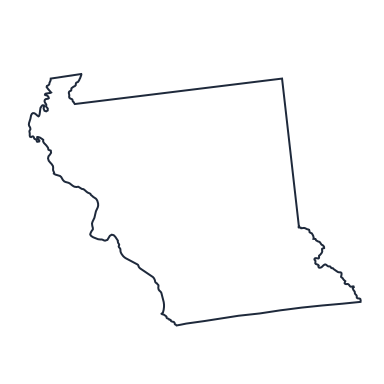 map outline of Missouri (Robinson projection), rotated 173°
{"feature_id": "USA-3531", "entity_name": "Missouri", "entity_type": "State", "adm_level": 1, "iso_a3": "USA", "parent_name": "United States of America", "parent_adm1": "", "projection": "robinson", "projection_center": [-92.269, 38.302], "detail": "fine", "context": "isolated", "style": "outline", "palette": "slate", "viewbox_px": 384, "rotation_deg": 173, "n_neighbors": 0, "source": "natural_earth", "source_scale": "10m", "svg_char_len": 5860}
<svg xmlns="http://www.w3.org/2000/svg" viewBox="0 0 384 384"><g transform="rotate(173 192 192)"><path d="M44.0,78.7L43.2,78.6L43.0,77.8L43.6,77.4L44.0,77.1L44.2,76.7L44.1,76.4L43.6,74.8L42.9,73.7L42.7,73.3L42.6,72.9L42.7,72.0L42.7,71.7L42.4,70.8L41.6,69.8L41.2,69.0L41.2,68.2L41.3,67.6L41.3,67.0L40.6,66.3L39.5,66.0L38.6,65.8L38.0,65.3L37.8,63.8L38.1,62.4L56.3,62.8L76.9,63.5L97.3,63.9L113.3,63.8L118.6,63.8L139.5,63.2L160.9,63.5L195.3,62.4L213.8,62.1L218.8,61.7L223.6,61.4L224.0,61.9L224.2,62.2L225.0,62.7L225.2,63.1L225.2,63.8L225.3,64.3L225.6,64.8L225.9,65.2L226.3,65.4L227.3,65.7L228.4,66.3L228.5,66.6L228.7,67.3L228.9,67.7L229.1,67.8L229.3,67.9L229.8,67.9L230.1,68.0L230.3,68.5L230.5,68.8L230.9,69.1L231.8,69.5L232.2,69.8L232.5,70.2L232.6,70.6L232.6,70.9L232.5,71.3L232.9,71.9L234.6,73.4L235.1,73.8L236.5,74.3L237.0,74.8L235.5,76.0L234.5,78.5L233.8,81.3L233.5,83.6L233.5,86.2L234.7,95.5L235.0,96.3L235.6,97.2L236.4,98.1L236.6,98.5L236.9,99.0L237.0,99.4L237.1,99.9L237.1,101.3L236.7,102.9L236.7,103.6L236.9,104.0L237.5,104.6L237.8,105.4L239.1,106.5L239.4,107.1L239.5,107.7L239.6,109.0L240.2,110.9L241.1,112.3L252.7,122.4L253.4,123.2L254.0,124.3L254.2,125.5L254.5,126.3L255.2,126.9L265.9,134.4L267.0,135.4L268.1,136.7L269.3,138.8L269.8,140.0L270.1,141.1L270.2,141.9L270.1,143.5L270.1,144.2L270.4,144.9L271.2,146.1L271.4,146.8L271.2,147.4L270.9,148.0L270.7,148.7L271.0,149.5L271.4,150.2L271.6,151.1L271.7,152.0L271.5,152.7L273.6,156.9L275.0,158.7L276.9,159.4L278.9,158.5L281.8,154.8L284.2,154.3L285.1,154.6L286.7,155.6L287.5,155.9L288.6,156.0L291.0,156.6L295.6,159.1L297.4,160.6L298.2,162.1L297.9,163.1L297.1,164.5L296.2,165.7L295.6,166.3L295.0,166.9L294.8,168.3L295.1,170.6L295.1,172.9L294.3,174.7L292.0,178.3L289.7,184.6L287.5,188.1L286.8,189.9L286.6,192.0L287.0,194.6L287.3,195.5L287.6,196.1L287.9,196.7L288.3,197.2L290.9,199.4L291.2,199.9L292.5,201.2L292.8,201.7L293.1,202.6L294.0,203.2L295.7,204.2L296.9,205.4L298.1,206.8L299.3,208.0L301.0,208.5L303.6,210.6L304.3,211.1L306.0,211.0L308.1,211.6L309.7,212.8L312.4,215.5L313.5,216.2L316.4,217.4L317.5,218.1L318.7,219.7L320.0,222.8L321.1,224.0L325.6,226.0L326.9,227.1L326.5,227.8L326.7,228.7L327.0,229.7L327.2,230.7L327.1,231.7L326.9,232.6L326.8,233.7L326.9,234.8L327.9,236.8L329.2,238.6L330.4,240.5L330.8,242.9L330.1,244.9L328.4,246.5L327.1,248.1L327.1,250.3L327.4,250.5L328.3,250.8L328.7,251.0L329.4,251.6L329.4,252.4L329.5,253.3L329.9,254.2L331.0,256.1L332.9,258.6L333.6,260.2L333.3,261.9L334.1,262.7L336.4,264.6L338.3,265.4L338.9,265.4L339.1,264.8L338.9,263.9L338.6,263.5L338.2,263.1L337.8,262.6L337.2,261.4L337.5,260.8L338.4,260.7L339.5,260.7L339.8,261.0L340.0,262.3L340.2,262.8L340.6,263.2L341.6,263.8L342.0,264.2L342.2,264.8L342.3,265.4L342.5,266.0L342.9,266.5L343.5,266.6L344.0,266.5L344.6,266.3L345.0,266.1L346.0,266.6L346.2,267.6L345.9,270.0L346.0,271.8L345.9,272.3L345.7,272.7L345.3,273.2L344.8,273.8L344.7,274.5L344.8,275.7L345.6,277.6L345.7,278.9L345.3,280.4L343.5,284.3L342.4,287.6L341.4,289.1L340.2,289.7L338.7,289.3L337.4,288.1L336.3,286.8L335.2,285.8L334.6,286.1L334.4,286.4L333.9,287.4L333.3,289.5L333.1,290.4L332.4,293.0L332.1,294.0L331.0,295.3L330.3,296.0L329.7,296.3L328.4,296.0L328.3,295.2L328.8,294.0L329.1,292.8L328.5,290.6L326.9,289.8L325.3,290.5L325.0,292.4L325.4,293.1L326.0,293.9L326.4,294.7L326.1,295.7L326.0,296.6L327.1,298.9L327.3,300.2L326.8,301.4L325.9,302.0L324.8,302.1L323.6,302.1L322.7,302.6L322.8,303.6L323.5,304.8L324.4,305.6L325.6,306.0L326.1,306.4L325.9,307.0L325.4,307.3L324.9,307.5L320.5,307.6L319.7,307.9L322.2,311.6L323.5,313.9L323.1,314.9L322.4,315.1L321.5,315.5L320.7,316.1L320.4,316.6L320.2,317.6L318.8,319.9L318.4,321.8L318.1,321.8L287.9,322.6L287.6,322.6L287.6,322.3L287.5,322.1L287.7,321.5L289.3,318.4L289.8,317.8L290.5,316.5L291.1,315.9L291.4,315.5L291.6,315.3L291.8,315.1L292.1,315.0L293.0,314.8L293.3,314.7L293.5,314.5L293.7,314.4L293.9,314.1L294.0,313.9L294.1,313.6L294.2,313.3L294.3,312.8L294.3,312.5L294.4,312.2L294.6,312.0L294.8,311.8L295.3,311.5L295.5,311.3L296.1,311.2L297.2,310.7L298.6,309.9L298.8,309.8L299.0,309.5L299.1,309.3L299.2,309.0L299.4,307.9L299.5,307.6L299.7,307.4L299.9,307.3L301.1,306.9L301.3,306.8L301.6,306.6L301.8,306.4L301.9,306.2L302.0,305.9L302.1,305.6L302.2,305.4L302.2,305.1L302.0,303.4L302.0,303.0L302.3,301.7L302.3,301.4L302.3,301.0L302.3,300.7L302.1,300.5L302.0,300.2L301.8,300.0L301.6,299.8L301.4,299.6L299.8,298.7L299.6,298.5L299.5,298.2L299.4,298.0L299.4,297.6L299.3,296.7L299.2,296.3L299.0,296.1L298.8,296.0L298.6,295.8L298.5,295.6L298.0,294.3L297.8,293.9L297.7,293.8L297.6,293.6L88.8,293.6L89.1,258.2L90.1,145.5L89.9,145.4L89.9,145.2L90.5,144.3L90.4,143.8L89.6,143.6L88.5,143.5L88.4,143.4L88.3,142.9L88.1,142.7L87.8,142.7L87.4,142.7L86.7,142.7L85.2,142.7L84.2,142.3L82.2,141.0L81.3,140.7L80.4,140.2L80.2,139.0L80.2,137.8L79.7,137.3L78.1,136.3L77.1,134.0L76.8,131.8L77.2,130.7L75.2,130.3L75.0,130.0L74.8,129.1L74.6,128.8L72.7,127.4L71.8,127.1L71.4,126.8L71.0,126.2L70.0,124.2L69.7,123.8L68.9,123.4L68.1,122.5L67.6,121.4L67.7,120.2L68.0,120.1L69.2,120.0L69.8,119.7L69.9,119.2L70.0,118.6L69.9,117.4L70.3,116.4L71.0,115.4L72.5,114.0L73.0,113.7L73.4,113.5L73.7,113.2L73.8,111.8L74.0,111.2L74.2,110.8L74.6,110.6L76.8,111.2L77.8,111.3L78.6,110.6L78.7,109.9L78.4,109.5L78.1,109.1L77.9,108.5L78.0,107.8L78.2,106.7L78.3,106.1L77.9,105.5L75.8,104.4L75.2,103.6L75.6,103.0L75.6,102.3L75.3,101.6L74.7,101.3L73.6,101.3L72.8,101.5L72.1,101.9L70.7,103.0L69.7,103.6L68.7,103.9L67.7,103.4L66.5,102.1L66.0,101.7L65.5,101.5L64.5,101.4L64.1,101.3L63.7,100.9L63.5,100.5L63.3,100.1L63.0,99.6L62.6,99.4L62.0,99.3L61.5,99.2L60.9,98.3L57.1,94.9L56.3,94.5L54.2,94.1L53.6,93.5L53.5,92.5L53.8,91.3L54.2,90.2L54.4,89.6L54.3,89.4L52.9,88.0L52.6,87.2L52.0,86.2L50.7,84.8L51.5,83.4L51.6,82.7L51.1,82.1L50.3,81.8L48.6,81.7L48.0,81.3L47.4,80.6L47.0,79.8L46.6,79.1L45.8,78.6L44.9,78.6L44.0,78.7Z" fill="none" stroke="#1e293b" stroke-width="2"/></g></svg>